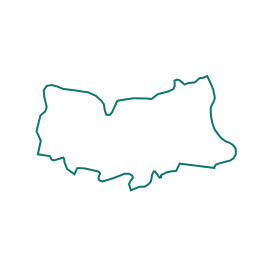 Villa Constitución, Salto, Uruguay, rotated 158°
{"feature_id": "84410073B3070112347268", "entity_name": "Villa Constitución", "entity_type": "district", "adm_level": 2, "iso_a3": "URY", "parent_name": "Uruguay", "parent_adm1": "Salto", "projection": "albers", "projection_center": [-57.701, -31.128], "detail": "fine", "context": "isolated", "style": "outline", "palette": "teal", "viewbox_px": 256, "rotation_deg": 158, "n_neighbors": 0, "source": "geoboundaries", "source_scale": "gbopen_adm2", "svg_char_len": 1838}
<svg xmlns="http://www.w3.org/2000/svg" viewBox="0 0 256 256"><g transform="rotate(158 128 128)"><path d="M62.9,58.6L62.1,59.9L60.9,60.6L60.0,61.1L57.3,61.1L55.2,60.8L52.9,60.5L52.7,60.5L50.0,60.2L48.0,59.9L46.3,59.7L45.4,59.5L44.0,59.9L42.7,60.1L41.4,60.4L40.2,61.4L38.8,62.5L37.8,63.3L36.7,66.4L36.1,67.6L36.1,70.3L36.7,71.7L37.3,73.3L39.5,76.4L40.3,77.1L41.7,78.2L42.3,79.1L43.5,80.5L44.3,81.9L44.5,82.3L45.1,83.4L45.3,83.8L45.7,84.8L45.9,85.3L46.3,86.6L46.9,88.8L47.7,92.1L48.0,93.4L48.1,94.2L48.2,96.0L48.1,98.2L48.1,99.0L48.0,99.7L47.8,101.6L47.4,103.8L47.3,104.3L46.8,106.8L46.2,108.9L45.5,111.4L45.0,112.6L44.5,113.8L44.1,114.8L43.0,116.5L41.6,118.0L40.4,119.0L38.8,120.3L37.4,121.7L36.3,123.3L36.1,124.1L35.9,124.9L35.5,126.9L35.1,129.1L34.8,130.7L34.6,132.6L34.6,134.0L34.6,135.7L34.6,137.5L34.7,139.3L34.8,141.2L34.9,143.1L35.0,144.6L35.2,146.5L39.7,146.4L42.9,147.4L48.8,145.3L55.7,147.1L59.3,147.2L62.3,152.9L64.4,154.5L67.2,154.5L68.8,149.6L71.4,147.1L76.7,146.8L83.9,147.7L87.2,148.2L95.5,146.1L99.5,148.3L112.0,153.6L126.0,156.9L128.1,156.9L136.8,148.6L139.8,147.0L143.0,148.3L143.0,152.5L141.5,159.2L142.5,163.2L145.8,170.0L151.6,176.0L165.1,183.9L173.6,188.6L178.1,193.1L182.8,196.5L187.7,197.4L192.0,194.5L194.0,188.1L195.5,178.0L198.4,174.5L204.6,172.3L214.1,159.2L213.6,148.9L221.4,137.4L211.1,131.2L210.5,127.2L208.7,125.7L199.2,124.9L198.7,123.4L199.7,120.3L199.8,112.8L195.0,105.2L190.1,109.8L188.0,109.0L182.7,106.4L171.6,98.6L170.9,96.4L174.2,92.6L174.2,90.3L171.8,88.0L160.8,87.0L148.1,86.8L144.1,85.1L142.0,82.3L142.0,80.1L145.9,77.7L148.1,75.6L148.7,69.2L139.5,69.2L134.4,67.3L129.6,68.3L126.8,69.9L124.6,73.2L123.4,75.4L120.3,78.2L119.2,77.5L117.6,71.2L117.1,70.0L115.8,69.9L115.4,71.2L114.6,72.0L109.3,72.4L104.5,71.7L99.5,70.1L93.4,75.6L62.9,58.6Z" fill="none" stroke="#0f766e" stroke-width="2"/></g></svg>